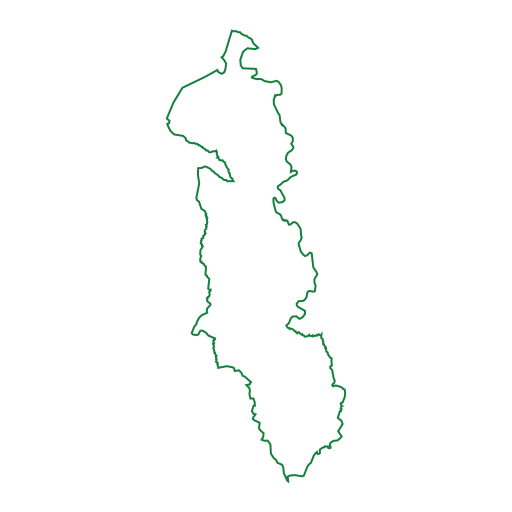 outline of Kumbungu, Northern, Ghana
{"feature_id": "2480657B99246651758289", "entity_name": "Kumbungu", "entity_type": "district", "adm_level": 2, "iso_a3": "GHA", "parent_name": "Ghana", "parent_adm1": "Northern", "projection": "natural_earth1", "projection_center": [-1.057, 9.798], "detail": "fine", "context": "isolated", "style": "outline", "palette": "green", "viewbox_px": 512, "rotation_deg": 0, "n_neighbors": 0, "source": "geoboundaries", "source_scale": "gbopen_adm2", "svg_char_len": 6061}
<svg xmlns="http://www.w3.org/2000/svg" viewBox="0 0 512 512"><path d="M200.2,260.8L200.6,261.9L201.6,261.8L201.8,263.0L204.0,264.0L204.6,265.7L205.7,266.3L206.1,267.5L205.4,274.3L205.8,275.3L206.9,275.6L207.1,276.7L209.3,278.9L208.2,288.7L209.4,289.8L210.6,289.6L210.6,290.6L209.2,291.9L209.7,294.4L209.3,295.9L208.4,297.1L207.4,297.3L206.9,298.7L207.5,299.2L207.1,300.3L207.4,301.4L210.3,303.6L210.5,304.8L207.2,308.5L206.7,310.9L207.2,312.7L202.0,315.1L199.3,317.5L196.9,321.9L196.5,324.0L194.3,326.6L191.7,333.1L192.9,334.5L196.7,335.1L198.4,334.5L200.3,330.7L202.8,330.7L206.2,332.9L208.4,335.6L215.1,338.4L215.0,339.1L214.1,339.4L214.2,340.3L213.4,340.5L213.3,341.7L213.8,342.5L213.1,343.5L213.9,343.9L213.2,344.6L214.1,346.7L213.2,348.2L214.1,349.7L214.4,352.9L215.0,352.9L215.6,355.0L216.5,355.7L215.8,356.7L216.5,359.1L216.1,359.4L216.5,360.0L216.0,361.8L217.6,362.5L217.3,363.9L217.7,364.0L217.8,366.6L218.5,367.1L218.4,367.8L226.7,366.2L232.3,367.2L233.8,367.9L234.8,371.0L238.9,370.3L241.3,372.7L242.6,375.7L244.7,376.6L251.0,382.1L250.1,383.0L249.8,384.4L246.4,385.1L249.5,388.3L249.9,391.4L249.4,393.9L250.4,398.6L253.4,398.5L254.6,401.8L254.9,405.7L253.6,405.7L251.9,411.0L253.1,413.5L255.5,414.3L253.2,417.4L252.9,419.1L254.1,420.2L259.6,422.7L259.0,428.3L260.3,430.3L263.6,433.3L263.2,437.0L261.6,439.7L264.6,440.8L267.7,440.6L270.4,444.4L270.9,453.6L273.8,458.2L276.0,459.9L277.5,462.8L282.1,464.7L283.2,467.3L283.9,473.3L287.1,480.4L288.2,481.3L288.0,478.4L287.4,477.3L287.6,476.6L290.2,475.5L294.6,475.1L302.3,476.3L303.9,475.6L307.1,467.2L308.6,464.8L311.0,462.7L313.7,455.8L315.3,453.5L316.9,452.0L317.2,453.6L318.4,454.1L319.8,453.3L319.9,449.5L322.8,447.5L324.5,447.3L324.9,446.4L327.8,446.5L328.1,447.8L329.3,448.3L330.5,447.8L330.5,446.4L329.7,445.9L330.2,443.3L330.9,442.6L333.3,440.9L337.7,440.4L341.2,437.2L341.6,436.3L338.2,431.3L342.6,424.0L341.4,420.7L337.8,417.9L339.9,411.2L340.8,411.3L341.4,409.9L341.5,409.1L340.6,408.7L341.5,406.2L341.2,405.3L341.6,405.4L340.8,404.5L340.9,403.1L342.7,402.3L344.7,397.1L345.2,393.3L344.9,390.6L344.6,389.5L342.9,388.9L342.4,387.8L338.0,386.0L335.4,385.5L333.5,386.3L332.5,385.9L332.3,384.7L334.3,382.7L334.7,380.8L333.6,377.9L332.2,370.2L330.1,367.7L330.4,366.3L331.9,365.5L331.4,360.9L331.7,358.4L330.1,357.6L328.1,354.5L327.6,352.3L326.3,351.6L326.0,348.5L325.2,348.1L325.7,347.1L324.5,346.1L324.1,344.5L323.3,344.4L323.0,343.6L323.4,341.8L322.8,341.2L322.9,339.5L321.2,337.9L321.4,334.7L321.0,335.3L319.9,335.2L318.6,334.2L317.0,335.7L316.4,335.2L314.8,336.0L313.2,335.5L313.3,336.1L312.3,336.5L310.9,335.7L309.3,335.8L309.1,335.0L307.5,336.2L304.8,336.7L303.8,335.4L302.8,335.2L302.4,334.3L301.5,334.6L298.9,332.2L298.4,332.2L297.5,333.4L295.9,332.2L295.6,331.2L294.6,331.1L292.9,329.4L291.1,328.6L289.7,329.0L289.4,328.1L288.0,327.9L286.4,325.9L286.5,325.1L288.8,323.4L290.9,318.2L292.5,316.6L296.3,316.3L299.5,318.9L302.6,317.2L305.0,314.0L304.9,310.8L298.0,306.9L296.9,305.5L296.6,303.8L298.6,301.2L303.0,300.9L304.7,299.8L306.5,297.3L307.2,293.1L308.2,291.4L309.5,291.0L313.8,291.7L314.8,291.2L315.6,285.8L314.5,282.7L314.4,279.3L317.3,274.2L316.6,272.3L313.3,267.3L311.7,253.4L309.9,252.6L307.0,255.4L305.0,256.0L303.0,254.4L300.9,251.6L298.7,244.6L298.8,242.9L300.8,240.0L301.7,237.5L301.0,235.0L300.7,229.4L299.5,227.0L297.3,223.7L295.6,222.5L293.4,222.1L290.4,224.5L288.9,224.7L287.3,220.6L284.8,220.8L286.3,220.2L284.1,220.7L282.8,220.0L282.2,219.2L283.7,220.2L285.3,220.2L282.9,219.6L281.9,218.4L281.2,215.9L280.1,214.4L276.6,212.5L275.8,211.5L273.6,203.1L273.4,198.9L274.3,197.7L275.3,198.0L276.9,201.1L278.8,202.7L282.5,202.1L284.6,200.2L284.5,197.9L280.5,190.5L278.3,188.9L277.7,187.7L278.0,186.1L280.4,184.7L283.4,181.8L287.3,180.4L290.8,176.9L296.2,174.6L297.1,172.9L296.4,171.2L294.7,170.7L292.5,170.8L290.9,171.8L291.5,166.9L290.3,164.4L286.9,161.7L285.9,159.3L286.2,156.2L288.1,152.6L291.8,150.3L293.4,147.7L293.2,146.5L291.2,143.8L292.8,141.4L292.8,137.8L291.9,136.3L290.3,135.1L285.8,133.0L285.6,128.4L284.2,126.5L281.8,125.0L281.4,123.9L283.3,125.6L280.6,122.8L279.5,115.0L277.9,112.7L273.9,104.3L273.7,99.9L275.0,95.9L275.2,96.3L276.8,94.9L280.1,94.8L281.5,93.7L281.7,88.2L281.0,85.3L278.6,81.9L276.5,80.8L271.1,82.3L264.7,81.1L261.3,79.1L256.2,79.0L252.1,77.8L251.8,77.2L252.2,76.6L255.8,74.9L256.6,73.9L256.8,72.7L256.0,68.9L242.7,68.3L240.8,65.5L240.3,59.9L242.8,52.5L244.0,50.9L247.4,48.3L255.3,49.1L258.1,47.8L253.2,43.2L251.9,39.6L251.0,38.7L249.0,37.9L246.4,35.8L244.2,35.4L241.1,33.6L240.0,32.2L238.4,32.3L236.0,31.1L233.8,31.4L231.9,30.7L225.5,51.8L223.1,56.3L221.6,57.3L224.0,59.9L226.2,63.7L225.4,69.0L224.2,72.3L221.9,73.8L219.2,72.6L217.9,71.5L217.4,70.0L205.0,76.9L182.4,87.8L173.5,102.5L166.8,118.5L169.5,120.9L169.1,123.2L167.3,123.9L167.9,125.8L170.4,130.9L174.0,134.4L183.2,135.9L185.9,138.6L186.0,140.3L188.6,141.8L189.0,142.5L192.3,143.3L193.9,142.9L195.7,143.9L197.2,143.7L198.6,145.3L199.4,145.1L201.7,147.0L202.4,146.8L202.8,147.9L205.1,149.0L205.9,150.4L207.7,150.5L209.1,152.2L210.0,152.4L213.8,151.1L215.1,151.4L216.3,150.6L216.9,152.2L216.8,154.9L218.1,156.6L217.3,157.6L218.4,157.7L219.4,160.1L222.7,160.4L223.0,161.3L225.0,162.5L225.6,165.3L226.4,165.9L226.6,167.2L228.7,169.8L228.4,170.5L228.8,172.5L229.8,173.4L229.6,174.1L230.6,177.4L232.5,178.8L232.6,180.2L233.4,181.2L227.2,181.2L226.3,180.0L223.9,179.9L221.2,177.5L219.8,177.3L217.9,175.1L214.3,172.7L213.8,171.7L212.2,170.9L210.3,168.8L206.1,166.7L204.5,166.5L202.0,167.9L198.1,168.2L198.0,175.1L199.2,183.5L196.3,198.1L197.2,200.4L199.0,201.6L201.3,208.7L204.9,211.1L205.4,212.1L205.7,213.9L206.2,214.0L205.7,215.5L206.4,215.8L206.7,216.6L206.2,216.8L206.7,218.4L207.2,218.5L206.8,219.1L207.3,222.1L206.9,224.1L205.9,224.8L206.7,226.3L206.1,226.8L206.4,228.5L205.6,229.1L204.6,231.3L205.4,233.3L204.8,233.5L205.0,234.3L204.0,235.6L203.2,235.9L203.2,238.0L201.5,238.8L201.7,239.9L201.1,240.7L201.4,241.1L200.7,243.1L202.0,244.4L201.6,244.8L201.9,245.9L202.8,246.4L200.4,250.3L200.2,254.5L201.3,256.0L200.4,257.9L200.2,260.8Z" fill="none" stroke="#15803d" stroke-width="2"/></svg>